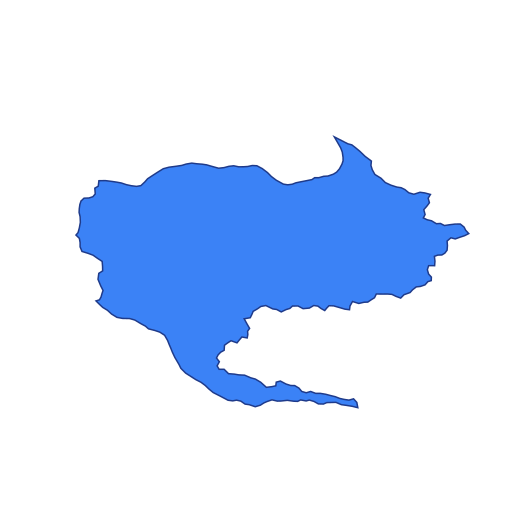 the district of Maragogipe, Bahia, Brazil, rotated 296°
{"feature_id": "56859067B10355706610278", "entity_name": "Maragogipe", "entity_type": "district", "adm_level": 2, "iso_a3": "BRA", "parent_name": "Brazil", "parent_adm1": "Bahia", "projection": "equal_earth", "projection_center": [-38.951, -12.825], "detail": "fine", "context": "isolated", "style": "filled", "palette": "blue", "viewbox_px": 512, "rotation_deg": 296, "n_neighbors": 0, "source": "geoboundaries", "source_scale": "gbopen_adm2", "svg_char_len": 3711}
<svg xmlns="http://www.w3.org/2000/svg" viewBox="0 0 512 512"><g transform="rotate(296 256 256)"><path d="M254.8,81.8L249.6,83.6L246.3,81.4L241.3,84.3L237.8,83.4L234.9,80.4L232.6,76.1L228.8,74.6L225.1,75.1L221.1,76.4L217.6,77.9L214.2,80.7L209.2,83.4L203.8,84.9L199.0,85.8L195.9,85.0L194.4,89.5L191.0,92.0L187.1,93.9L183.8,97.6L184.8,104.0L185.3,109.2L184.4,114.6L183.7,120.1L179.3,122.7L175.4,124.7L171.5,122.3L165.8,124.2L161.1,129.5L158.0,133.6L154.4,134.1L151.2,134.7L148.0,134.5L145.5,131.9L143.8,136.9L142.6,140.8L142.1,146.3L140.5,151.6L139.9,157.9L141.4,163.4L144.4,169.9L145.3,175.0L144.7,182.2L144.5,187.3L143.4,191.3L144.7,197.6L145.4,202.9L144.7,208.6L141.4,213.5L138.2,217.0L135.8,219.8L132.8,223.1L129.2,227.6L124.7,234.4L122.1,237.7L119.9,244.1L118.5,256.1L118.4,261.8L117.4,267.1L115.8,272.0L114.5,277.4L114.4,284.3L114.1,294.1L115.6,298.6L117.9,301.7L118.9,305.9L118.1,311.1L119.4,315.1L120.2,321.4L123.8,325.3L127.4,327.5L129.9,329.6L133.7,333.4L134.9,338.7L136.6,342.0L140.0,347.4L142.0,353.5L143.6,357.2L146.2,359.2L147.7,364.6L149.9,367.1L150.7,371.9L150.4,376.9L152.5,381.5L155.3,383.9L157.1,387.4L159.5,392.0L159.8,397.9L161.3,402.5L163.1,408.4L164.3,414.0L168.6,410.8L170.4,406.3L167.2,402.7L165.7,397.9L164.7,393.7L164.3,388.9L163.2,383.9L162.3,379.3L160.8,374.2L158.7,369.9L158.2,364.5L155.1,361.1L154.3,356.5L156.1,352.5L156.5,347.6L154.8,343.9L154.1,339.1L154.3,332.7L151.5,329.5L148.0,330.7L145.5,327.5L142.5,322.9L144.6,315.5L145.1,309.4L144.2,304.5L143.9,298.0L141.6,292.6L140.3,288.2L138.2,282.9L140.2,277.0L138.0,272.5L140.2,269.2L144.9,269.4L147.0,265.2L150.6,265.3L154.0,266.4L157.3,268.7L162.0,266.8L165.6,268.7L168.9,270.7L169.6,277.0L172.7,277.7L177.0,278.8L178.5,284.0L181.8,283.1L184.7,281.4L188.1,282.0L191.0,277.7L194.4,272.9L198.0,277.9L201.9,277.9L205.0,277.7L209.2,280.5L212.8,282.5L215.8,286.6L215.8,294.3L217.0,298.0L216.8,303.2L221.0,306.5L223.7,309.4L227.0,310.7L229.5,315.7L229.3,321.4L232.6,326.8L236.8,329.6L238.1,333.6L237.3,337.6L237.1,341.7L240.2,342.4L243.3,343.4L245.2,347.6L246.2,353.3L247.2,359.2L248.7,363.6L252.3,362.4L257.4,362.7L258.4,369.2L261.8,373.4L263.6,376.7L267.1,378.7L270.4,380.8L274.6,380.8L277.3,386.5L279.5,390.9L281.1,395.0L281.1,399.6L281.6,404.5L286.1,406.0L290.7,410.5L294.2,411.5L298.5,413.6L300.7,417.1L304.2,420.6L308.3,421.7L310.7,424.3L313.9,422.9L315.4,419.1L318.8,416.0L323.0,415.4L325.6,420.8L329.8,419.1L333.9,416.5L336.5,419.0L338.4,422.6L341.4,424.5L345.0,425.2L349.3,423.5L353.2,421.2L357.8,423.2L358.7,427.6L362.2,431.0L365.7,434.6L369.4,437.4L371.1,433.1L373.2,430.4L374.3,425.6L372.0,421.0L369.3,416.8L366.0,412.0L366.1,407.5L364.1,404.0L364.6,398.3L363.6,393.9L363.6,389.7L367.4,389.8L371.2,386.5L376.0,387.8L379.9,388.5L383.4,385.4L387.8,385.8L386.7,380.1L385.2,375.5L380.7,370.8L379.8,365.6L381.0,360.7L381.0,356.5L379.7,352.4L378.8,346.1L378.7,340.0L380.7,334.3L381.4,327.1L384.5,322.7L387.8,319.6L391.9,318.1L393.4,310.3L395.6,303.5L396.9,298.2L397.9,293.4L397.1,289.3L397.4,274.2L394.5,278.5L390.3,284.7L387.2,288.0L382.8,291.0L379.8,292.5L376.2,293.0L370.9,292.8L366.7,291.7L363.5,289.7L359.4,285.6L357.3,281.9L353.9,278.1L352.1,274.4L349.2,272.8L345.7,268.2L342.3,263.7L339.3,259.8L336.4,257.1L333.9,253.3L332.6,249.1L333.0,241.0L334.2,234.9L336.0,229.8L337.3,223.3L337.5,217.2L335.7,213.0L332.8,209.3L330.7,205.6L328.6,201.4L327.3,196.4L324.7,192.3L321.4,188.5L318.5,183.9L317.1,176.4L316.3,171.7L314.9,167.3L313.0,162.5L311.3,157.5L308.0,152.9L304.9,149.6L301.6,144.8L297.7,138.9L293.8,134.4L288.1,130.8L282.3,127.3L277.9,124.7L273.8,123.6L268.8,121.7L266.2,118.1L264.5,113.1L263.3,108.3L262.6,103.0L261.4,98.7L259.9,93.9L257.7,87.5L254.8,81.8Z" fill="#3b82f6" stroke="#1e3a8a" stroke-width="1.5"/></g></svg>